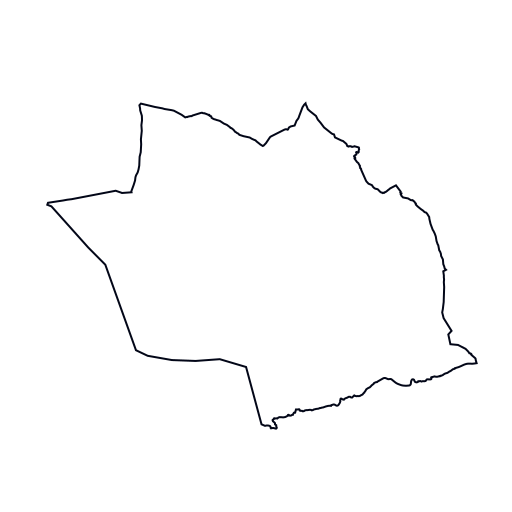 Rømskog nor, Østfold, Norway, rotated 78°
{"feature_id": "86288312B9110433923998", "entity_name": "Rømskog nor", "entity_type": "district", "adm_level": 2, "iso_a3": "NOR", "parent_name": "Norway", "parent_adm1": "Østfold", "projection": "mercator", "projection_center": [11.789, 59.707], "detail": "fine", "context": "isolated", "style": "outline", "palette": "ink", "viewbox_px": 512, "rotation_deg": 78, "n_neighbors": 0, "source": "geoboundaries", "source_scale": "gbopen_adm2", "svg_char_len": 6071}
<svg xmlns="http://www.w3.org/2000/svg" viewBox="0 0 512 512"><g transform="rotate(78 256 256)"><path d="M406.7,62.5L403.7,62.7L402.0,62.6L401.4,62.9L397.6,65.8L396.9,66.1L396.7,65.8L396.3,66.0L395.7,66.8L395.5,67.5L393.7,68.2L390.4,70.3L385.0,76.9L382.7,84.2L372.7,84.2L369.9,80.3L355.8,85.4L349.9,85.6L346.8,84.3L340.1,82.0L325.5,78.4L320.6,77.7L318.0,76.9L315.9,76.7L314.2,76.3L309.9,76.0L309.0,73.0L307.5,74.0L305.2,74.1L303.0,74.5L298.2,73.9L294.5,74.9L292.3,74.7L290.1,75.0L288.5,75.6L283.4,75.5L282.2,75.9L278.9,76.3L274.2,76.1L271.3,76.5L268.4,77.2L267.1,77.7L260.9,78.6L255.7,78.7L253.9,78.5L250.3,79.8L249.0,80.5L248.1,82.0L246.3,83.2L244.4,85.0L241.0,87.7L238.9,89.0L237.9,88.7L237.0,89.4L235.6,89.8L235.0,90.6L234.4,90.8L233.8,91.5L233.8,92.3L233.5,93.0L231.3,95.3L229.3,100.0L227.2,101.3L226.7,101.3L225.8,101.6L225.3,100.9L225.0,100.7L224.3,101.6L224.0,101.7L223.1,101.1L216.0,104.4L217.8,110.8L218.7,112.4L219.0,113.2L219.5,114.0L220.4,116.0L220.5,116.7L220.4,117.1L220.9,117.7L220.7,118.1L220.8,118.9L220.3,119.3L220.0,120.2L219.0,121.2L216.0,123.1L214.9,125.4L214.0,126.3L212.3,127.4L211.3,127.6L210.8,127.9L209.7,129.4L208.7,130.9L206.0,132.5L205.0,132.8L193.6,135.2L192.7,135.1L191.7,135.8L191.0,135.6L190.3,135.9L189.2,135.6L188.5,136.0L186.4,136.6L185.0,137.7L181.2,139.4L180.8,139.3L181.1,139.0L180.8,138.5L179.6,138.7L179.0,139.2L178.7,138.9L178.5,139.0L178.1,138.4L178.0,137.8L177.9,137.6L177.6,136.8L176.5,136.3L175.4,136.5L175.2,136.2L175.2,135.8L175.6,135.4L176.1,134.6L175.7,134.2L175.6,133.9L174.0,133.6L173.1,132.9L172.2,133.0L171.4,132.8L171.2,132.9L169.1,136.9L169.3,137.4L169.2,138.4L169.3,139.0L169.2,139.5L168.3,140.5L168.3,141.2L168.1,141.5L167.9,142.2L168.2,142.7L168.1,142.9L167.6,143.6L167.5,143.8L165.1,144.3L161.6,147.0L160.9,148.3L156.4,154.1L153.3,154.4L152.5,155.9L151.7,156.7L144.4,162.7L139.0,165.2L135.4,167.2L131.5,168.2L125.7,173.0L123.2,174.8L120.0,175.3L118.3,175.8L117.0,175.8L118.0,177.4L120.2,179.6L128.0,184.6L129.2,185.3L130.3,186.1L132.2,188.3L136.4,191.1L136.5,195.2L137.2,197.1L138.9,198.4L139.0,198.9L138.4,199.8L138.2,200.8L138.3,201.9L142.2,216.6L142.7,217.6L147.7,222.8L149.6,225.6L149.8,226.5L147.8,228.6L147.0,229.2L144.0,231.7L142.7,232.5L142.4,233.1L140.5,235.7L138.8,237.5L136.2,243.3L134.0,247.1L132.7,247.8L131.7,249.1L130.9,249.7L130.3,250.5L127.8,251.8L126.3,253.0L125.7,253.6L125.4,254.3L124.7,254.6L121.7,257.2L119.8,259.9L116.4,263.2L115.4,265.0L114.7,266.4L114.2,267.1L113.5,268.5L112.9,269.3L111.6,270.7L110.1,270.8L109.7,271.4L109.5,271.9L109.0,272.1L108.8,272.4L108.6,272.2L108.3,272.3L108.3,272.7L107.9,273.2L107.5,274.1L106.9,274.7L106.1,276.2L105.7,276.5L105.7,276.9L105.2,278.3L104.8,278.7L104.6,279.3L104.6,280.4L105.4,289.0L105.8,289.8L105.5,291.2L105.6,291.7L105.5,292.6L105.6,293.2L105.6,293.7L105.8,294.2L105.6,294.6L105.7,296.4L102.4,299.4L96.8,306.1L95.8,308.2L93.2,314.9L92.1,316.9L89.2,323.9L83.0,336.9L84.3,338.7L87.5,338.7L89.5,339.0L95.1,338.5L96.9,338.8L99.6,339.3L104.2,340.9L109.8,341.7L117.9,344.3L122.9,345.1L130.6,347.2L134.7,349.2L143.3,351.4L146.9,352.9L149.7,354.4L152.1,356.5L153.8,357.5L157.0,358.6L161.1,360.9L166.8,364.5L167.8,364.5L166.5,374.0L166.0,374.7L163.0,379.7L162.1,424.5L161.7,429.0L161.6,433.2L160.7,448.4L162.5,449.5L164.9,445.8L212.7,418.4L233.2,405.2L323.2,393.0L331.1,382.7L340.3,359.9L346.1,336.9L349.4,312.9L362.5,288.8L421.8,285.6L424.0,282.5L424.0,280.6L424.5,278.9L425.1,277.9L425.5,277.5L426.6,277.3L427.2,277.4L427.7,277.1L427.4,276.4L427.5,276.1L427.8,275.5L427.9,274.6L428.9,272.7L429.0,272.0L428.4,271.4L426.8,271.6L425.7,271.4L424.7,272.4L423.6,272.2L423.1,272.3L421.1,273.8L420.0,273.9L419.7,273.7L419.6,273.2L419.0,272.0L418.6,272.1L418.5,271.9L419.0,270.7L419.0,269.8L419.4,269.0L418.7,267.7L418.5,266.6L418.8,265.5L418.8,265.2L419.5,263.0L419.6,260.9L419.2,259.2L418.8,258.3L418.1,257.7L418.1,257.2L418.3,256.9L419.0,256.8L419.1,256.1L419.3,255.6L419.3,254.7L418.9,253.8L419.0,252.9L418.4,252.6L417.2,251.5L417.1,251.0L417.4,250.5L417.4,250.3L414.4,248.8L414.9,246.6L414.8,245.8L415.4,245.3L416.3,245.3L416.8,244.4L417.0,243.2L417.3,242.8L417.6,242.6L417.7,241.8L417.6,241.1L417.3,240.7L417.2,239.1L417.5,237.4L417.6,235.5L418.0,234.1L418.6,233.5L418.5,232.2L418.2,231.6L418.1,228.9L418.3,226.9L418.2,226.0L418.0,225.4L418.1,225.0L418.1,224.0L418.0,223.0L418.1,221.9L417.7,219.0L417.6,216.7L417.8,215.1L418.1,213.8L417.7,213.7L417.5,213.3L417.6,213.0L417.3,211.2L417.5,210.6L417.7,210.0L418.9,208.7L419.2,208.2L419.3,207.6L419.2,207.0L419.0,206.5L418.3,205.7L416.9,204.4L415.6,203.7L415.1,203.8L413.2,202.9L413.1,202.5L413.3,202.1L414.4,200.9L414.7,200.2L414.8,199.9L414.2,199.3L413.8,198.1L413.6,196.9L413.6,196.5L413.0,194.5L413.3,193.2L414.0,192.6L414.4,191.6L414.4,191.3L413.7,190.4L413.3,189.5L412.9,189.2L412.8,188.8L413.5,188.1L414.0,186.9L414.1,186.4L414.1,185.9L414.5,184.3L414.4,183.7L414.4,183.1L413.9,181.9L413.7,180.7L412.4,179.1L412.2,178.5L411.5,178.0L410.9,177.2L409.3,175.8L408.5,173.8L408.1,172.0L407.3,170.7L406.6,169.8L405.5,167.5L404.8,166.9L404.4,165.2L404.5,163.8L404.2,163.5L402.1,157.0L402.0,156.2L402.1,155.4L402.4,154.6L403.6,152.9L404.0,152.3L404.2,150.4L404.4,149.7L404.8,149.1L408.3,146.3L409.6,145.1L410.7,143.7L412.6,140.7L413.3,139.1L413.8,137.4L414.2,135.7L414.5,133.2L414.5,132.6L413.9,131.6L413.4,131.2L411.0,130.4L410.1,129.9L409.5,129.3L409.2,128.9L409.2,128.4L409.3,127.9L409.9,127.2L411.8,126.8L412.3,126.5L412.9,125.5L413.0,125.0L412.9,123.9L412.2,123.3L412.5,122.4L412.4,121.5L412.8,120.8L413.2,120.3L413.1,119.0L413.5,117.4L413.5,116.1L412.4,114.8L412.2,114.3L412.5,113.0L412.7,112.5L413.0,110.7L412.8,110.2L412.5,109.9L411.2,109.9L411.0,109.1L411.0,108.5L411.1,108.2L410.9,107.2L411.0,106.7L410.9,106.3L411.4,105.4L411.7,104.4L411.8,103.4L411.7,101.9L411.6,101.6L411.9,101.2L411.5,100.4L411.7,100.1L411.3,98.0L410.9,97.3L410.3,95.5L410.1,93.0L409.1,90.6L409.1,90.1L408.7,89.0L407.7,87.0L407.7,85.9L407.5,85.1L407.4,84.7L407.1,84.7L406.8,80.9L406.3,78.3L405.6,75.3L405.4,73.9L405.3,72.4L405.4,71.0L406.4,66.5L406.6,64.5L406.7,62.5Z" fill="none" stroke="#020617" stroke-width="2"/></g></svg>